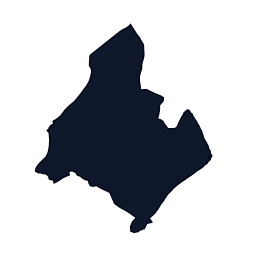 outline of Toungo, Adamawa, Nigeria, rotated 187°
{"feature_id": "59680162B46313771844948", "entity_name": "Toungo", "entity_type": "district", "adm_level": 2, "iso_a3": "NGA", "parent_name": "Nigeria", "parent_adm1": "Adamawa", "projection": "albers", "projection_center": [11.775, 7.93], "detail": "fine", "context": "isolated", "style": "filled", "palette": "ink", "viewbox_px": 256, "rotation_deg": 187, "n_neighbors": 0, "source": "geoboundaries", "source_scale": "gbopen_adm2", "svg_char_len": 3630}
<svg xmlns="http://www.w3.org/2000/svg" viewBox="0 0 256 256"><g transform="rotate(187 128 128)"><path d="M138.2,230.9L139.1,229.5L141.7,227.0L144.9,224.9L146.4,223.8L148.4,221.9L151.1,219.2L165.2,204.8L171.4,198.5L173.8,196.0L174.3,195.2L174.4,194.0L173.8,185.5L171.6,182.5L171.3,181.6L170.8,179.4L170.8,179.1L170.8,178.2L171.2,174.5L171.7,171.1L172.3,169.0L174.3,164.3L176.2,161.0L177.7,158.4L177.8,158.1L178.1,157.6L178.8,156.4L180.6,153.5L181.6,151.8L182.0,151.3L184.2,147.8L186.1,145.7L188.7,143.0L191.1,140.0L192.7,137.9L194.7,134.4L196.5,131.2L197.8,130.4L198.7,128.7L199.3,128.3L199.7,128.2L200.0,128.2L200.4,127.6L200.7,126.6L200.9,126.7L201.5,126.7L201.8,126.6L202.2,126.0L202.8,125.8L203.0,125.6L202.2,124.9L202.7,123.9L202.6,123.4L201.9,122.9L202.1,122.6L203.6,121.8L204.5,121.3L205.2,120.6L205.6,119.8L205.7,118.9L205.6,118.2L205.9,117.9L206.4,118.0L206.3,117.0L206.5,116.5L207.4,116.3L207.8,115.6L205.6,113.9L204.1,106.5L203.7,100.4L204.1,94.2L205.7,89.3L212.4,80.8L214.3,76.8L214.5,74.0L211.3,72.6L209.7,73.2L208.0,72.7L203.4,72.4L200.7,70.4L199.8,67.8L198.7,67.6L197.8,67.4L195.4,67.3L194.6,64.5L191.7,66.5L188.8,68.9L187.4,70.2L186.2,71.1L185.0,71.8L184.5,72.1L183.4,72.7L182.5,73.5L180.7,74.2L181.7,77.6L177.8,79.1L177.2,78.5L176.8,78.2L176.1,78.4L175.3,77.7L174.9,77.7L174.3,77.8L174.0,77.8L173.7,77.6L173.4,77.3L173.6,76.7L173.2,75.8L172.0,75.0L169.4,74.5L168.0,73.5L166.2,72.5L163.5,71.5L160.8,71.4L160.0,68.7L158.3,66.3L155.7,66.0L152.1,67.1L150.4,66.3L149.9,66.0L146.9,64.9L144.5,64.0L141.8,63.2L139.9,62.5L138.1,61.9L135.3,57.1L132.0,51.5L126.8,48.6L121.2,46.4L116.3,44.2L108.6,40.0L111.8,35.9L113.4,30.3L112.4,25.8L111.0,25.8L109.2,25.1L107.5,25.9L105.5,26.3L103.7,28.4L102.1,28.8L101.0,29.6L99.6,30.2L99.1,31.9L98.6,33.1L97.7,35.6L96.7,36.1L93.9,37.0L92.9,37.6L96.1,40.8L94.6,42.8L94.0,43.5L93.3,44.1L90.7,47.4L90.2,48.5L89.6,49.6L88.5,51.3L87.6,53.5L86.7,55.5L86.2,56.6L85.4,57.9L84.2,60.0L84.0,60.3L83.1,62.5L81.8,65.1L80.9,66.6L80.3,67.7L78.7,69.6L77.0,71.8L75.9,73.6L74.3,75.3L73.5,76.2L72.4,77.5L70.8,79.0L68.8,80.8L67.3,82.3L65.8,83.4L64.2,84.9L63.3,85.8L63.1,86.0L61.8,87.1L60.1,88.6L59.0,89.5L57.6,91.0L56.1,92.3L54.1,94.3L52.8,95.3L50.8,96.9L49.5,98.2L48.8,98.8L48.2,99.7L47.3,101.0L45.5,102.3L44.7,104.1L44.0,104.9L43.6,105.6L43.1,106.2L42.5,106.7L42.6,107.8L43.5,108.0L44.0,108.4L44.0,109.5L43.3,109.3L42.7,108.9L41.8,109.3L41.5,110.4L41.5,111.0L42.4,111.7L43.3,112.4L43.5,114.1L43.9,115.2L44.4,115.9L44.8,116.3L45.7,117.6L46.1,119.1L46.3,119.6L47.4,121.3L49.4,124.0L51.3,126.4L52.6,129.2L53.3,130.7L54.1,132.3L54.8,134.0L56.5,136.2L57.6,138.2L59.1,140.1L59.8,140.8L60.8,142.6L61.4,143.2L62.8,144.7L63.5,145.6L64.3,146.7L65.0,147.4L66.3,149.8L67.8,150.4L68.1,150.9L69.6,152.8L70.4,153.1L71.5,152.9L71.7,152.7L72.8,151.5L74.2,149.8L74.6,148.1L76.4,144.1L76.8,142.8L77.1,141.9L77.7,140.2L78.2,138.9L78.6,137.1L78.8,136.3L79.3,135.2L79.9,134.3L80.9,133.4L81.2,133.1L82.0,133.0L83.4,132.6L83.5,132.6L84.8,132.6L87.5,132.1L88.6,132.2L90.3,134.2L92.3,136.1L94.1,138.7L96.5,140.0L99.2,140.3L100.0,141.9L99.4,144.1L99.1,149.5L99.6,154.6L97.2,158.0L96.5,159.6L96.6,162.3L99.6,163.7L106.0,165.4L114.3,168.3L120.3,167.2L121.6,173.1L122.4,175.3L122.9,178.5L123.1,181.2L122.4,185.8L121.8,188.2L121.9,188.6L121.9,190.2L121.9,190.4L122.2,191.3L122.2,191.7L122.2,192.7L122.2,193.2L122.2,193.3L122.1,194.3L122.2,194.9L121.9,195.8L121.7,196.9L121.4,198.6L121.2,201.0L121.2,202.4L121.6,204.8L121.8,206.1L122.1,207.6L122.9,212.4L123.8,213.7L125.5,215.7L126.6,217.2L127.5,218.8L128.6,219.7L129.1,220.3L130.1,221.2L131.4,222.7L131.9,223.3L138.2,230.9Z" fill="#0f172a" stroke="#020617" stroke-width="1.5"/></g></svg>